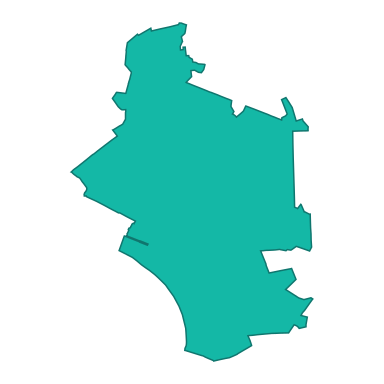 the district of Lielvārdes pag., Lielvardes, Latvia
{"feature_id": "27541924B7752725645610", "entity_name": "Lielvārdes pag.", "entity_type": "district", "adm_level": 2, "iso_a3": "LVA", "parent_name": "Latvia", "parent_adm1": "Lielvardes", "projection": "mercator", "projection_center": [24.888, 56.721], "detail": "fine", "context": "isolated", "style": "filled", "palette": "teal", "viewbox_px": 384, "rotation_deg": 0, "n_neighbors": 0, "source": "geoboundaries", "source_scale": "gbopen_adm2", "svg_char_len": 5582}
<svg xmlns="http://www.w3.org/2000/svg" viewBox="0 0 384 384"><path d="M72.3,171.0L71.2,172.0L71.5,172.1L71.9,172.4L73.0,173.5L74.0,174.4L74.8,175.0L75.5,175.5L75.9,175.8L76.2,176.0L76.8,176.6L77.6,177.0L78.2,177.3L79.5,177.9L80.0,178.4L81.3,180.3L82.2,181.7L82.9,182.6L83.5,183.3L86.2,187.0L86.3,187.1L86.7,187.8L86.8,188.4L86.7,189.6L86.0,191.1L84.6,192.9L84.1,194.5L84.2,195.3L84.3,196.0L86.1,195.9L86.1,196.0L86.3,196.5L86.8,196.8L90.6,198.6L93.7,200.0L96.7,201.4L102.1,204.2L104.4,205.4L107.9,207.3L109.7,208.3L111.4,209.2L113.3,210.2L115.1,211.1L117.5,212.4L118.5,212.9L119.8,212.9L120.2,213.1L127.0,216.8L130.9,218.8L135.4,221.1L135.1,221.7L134.3,223.0L134.1,223.2L134.0,223.6L133.3,223.2L132.5,223.8L132.3,223.9L132.0,224.1L131.9,224.3L131.6,225.2L131.4,225.7L131.0,226.1L130.7,226.7L130.7,227.0L130.4,227.4L130.2,227.8L128.9,228.2L128.3,229.5L128.6,229.8L128.8,230.4L128.6,230.7L128.3,231.1L128.3,231.4L128.2,231.9L127.8,232.3L127.5,233.2L127.0,233.9L127.1,234.2L127.2,234.6L127.2,235.3L126.9,235.4L126.6,235.6L126.5,235.8L140.0,241.1L140.1,240.9L143.5,242.2L146.9,243.6L147.8,243.9L148.0,244.0L147.4,245.2L140.2,242.4L140.4,242.2L132.7,239.2L125.4,236.3L124.8,236.0L124.3,236.0L119.1,250.6L132.4,257.4L136.8,260.8L141.5,264.8L145.8,267.9L149.5,270.4L154.8,274.6L158.3,277.8L165.6,285.0L168.1,288.6L173.7,296.4L179.0,306.2L182.4,314.7L185.7,328.2L185.9,330.5L186.2,335.5L186.4,339.4L186.5,341.9L186.4,344.2L186.1,345.9L185.0,348.3L184.8,350.4L185.4,350.5L197.3,354.2L202.2,355.7L203.2,355.9L205.1,357.0L207.4,358.0L207.6,358.1L208.5,358.5L212.8,360.3L213.6,360.7L213.9,360.9L213.9,361.0L219.4,359.7L222.7,359.0L226.0,358.3L229.4,357.7L232.9,356.2L237.1,354.3L237.6,353.8L238.3,353.4L242.5,350.9L247.0,348.3L251.6,345.6L251.5,345.1L250.9,343.3L250.9,343.2L250.5,342.1L250.2,341.0L250.1,340.8L249.0,338.2L247.9,335.7L248.2,335.6L249.0,335.6L249.6,335.5L252.3,335.3L255.0,335.0L257.3,334.7L260.6,334.4L263.8,334.1L267.3,333.8L270.7,333.5L271.7,333.4L275.7,333.3L279.7,333.1L284.2,333.0L288.6,332.9L291.3,328.9L294.1,324.8L296.4,325.7L297.7,326.6L299.2,328.4L306.0,326.8L306.0,324.6L307.3,317.1L301.0,315.5L301.5,314.6L302.1,313.3L303.2,311.9L304.5,310.5L310.1,302.6L312.2,299.7L312.8,299.0L311.2,297.9L310.9,297.8L307.1,298.8L303.9,299.6L298.7,297.9L291.9,293.5L285.6,289.5L290.5,284.8L290.6,284.7L296.0,279.4L291.6,268.5L291.3,268.6L289.4,269.0L289.2,269.0L280.4,270.7L269.1,273.0L267.6,269.2L266.3,265.9L266.1,265.2L266.0,264.6L266.0,264.2L265.8,263.6L263.8,258.7L262.5,255.5L261.4,252.8L261.0,251.7L260.7,251.1L260.6,250.9L261.2,250.8L263.1,250.7L264.7,250.5L266.7,250.3L267.8,250.3L268.2,250.3L270.1,250.2L274.1,250.0L275.4,249.9L277.1,249.7L279.7,249.4L281.0,249.8L281.3,249.8L286.0,250.7L287.0,249.8L287.3,249.6L290.6,250.1L291.2,250.0L293.9,248.1L295.3,247.1L296.0,246.5L296.4,246.4L298.8,247.2L306.8,250.0L309.6,251.0L311.6,247.1L311.1,240.0L311.1,239.7L311.0,233.7L310.9,232.4L310.6,228.1L310.4,221.7L310.2,214.1L309.5,214.2L307.6,213.3L304.9,211.9L304.6,211.9L304.2,211.9L304.1,211.5L303.9,211.0L301.6,205.7L301.1,204.6L300.8,204.3L297.6,208.5L297.5,208.4L294.6,207.2L294.4,197.7L294.0,184.1L293.6,170.9L293.4,164.0L293.2,157.7L292.9,144.4L292.7,131.2L293.1,131.2L301.6,130.9L307.3,130.8L308.1,130.7L308.1,130.3L307.9,130.3L308.2,126.8L303.0,120.9L302.4,119.0L296.2,121.0L292.2,107.5L288.9,102.2L285.9,97.6L281.6,99.6L287.2,114.0L285.6,115.9L281.9,117.7L281.6,120.0L279.7,119.2L278.2,118.7L274.1,117.0L272.4,116.4L270.9,115.8L269.3,115.1L267.7,114.4L264.0,113.0L261.7,112.1L254.3,109.2L251.9,108.3L248.2,106.9L245.8,106.0L245.7,106.1L244.7,108.3L243.6,110.7L243.1,111.4L240.6,113.6L238.8,115.1L236.4,117.1L235.7,116.2L234.5,115.2L233.4,114.4L233.1,114.2L232.5,114.0L233.0,113.2L233.4,112.5L233.9,111.5L233.8,111.4L232.0,108.3L231.0,106.6L231.0,106.2L231.1,104.9L231.7,100.6L228.9,99.4L226.1,98.4L225.7,98.2L221.1,96.4L217.6,94.9L213.9,93.5L210.8,92.3L209.9,92.1L208.4,91.5L207.1,90.9L198.9,87.6L194.3,85.8L191.1,84.5L189.0,83.6L187.2,82.9L186.2,82.5L186.1,82.4L188.3,80.0L189.7,78.6L191.0,77.2L191.6,76.7L191.4,75.0L191.1,72.6L190.9,70.6L194.6,70.2L198.4,72.3L201.4,72.7L203.7,69.6L205.0,64.7L204.7,64.4L201.4,64.1L198.4,63.9L195.9,62.5L192.8,62.0L192.3,59.2L189.4,57.5L189.1,57.3L188.7,55.6L186.2,55.7L185.4,49.4L185.2,47.1L183.1,47.2L183.2,49.6L180.5,50.0L180.2,46.4L182.3,41.7L182.5,41.6L182.2,40.2L181.7,38.2L181.4,36.9L181.4,36.6L182.2,35.9L184.8,33.5L185.3,31.5L185.9,27.3L186.4,24.9L183.4,23.9L181.4,23.1L179.3,23.0L179.1,23.6L178.3,24.7L177.4,24.9L170.0,26.8L160.3,28.9L151.4,31.0L150.8,28.2L138.5,35.3L137.5,34.2L127.4,42.7L126.1,50.4L126.3,51.6L125.9,55.8L125.8,57.5L125.6,59.6L125.1,64.7L125.2,64.9L126.5,66.4L127.7,67.7L129.0,69.4L131.2,71.9L131.3,72.0L131.2,73.5L130.6,75.7L129.8,79.0L129.7,79.5L129.5,79.9L129.2,80.9L128.9,81.7L128.8,82.2L128.5,83.2L128.4,83.4L128.5,83.5L127.9,85.7L126.9,89.3L125.8,93.4L125.4,93.4L123.9,93.2L122.2,93.0L119.1,92.6L117.2,92.4L116.8,92.3L116.3,92.6L115.3,94.3L114.6,95.3L112.4,98.4L112.5,98.6L114.8,101.8L118.2,106.7L120.6,109.0L121.9,109.8L123.3,109.8L125.7,109.6L125.7,109.8L125.7,110.6L125.8,111.1L125.6,112.2L125.5,112.5L125.5,119.2L122.7,124.2L120.0,125.8L119.8,125.8L118.2,126.8L116.8,127.7L114.0,129.4L113.0,129.9L112.7,130.0L117.1,135.8L117.3,136.1L111.6,140.2L110.6,141.0L105.6,144.8L101.2,148.2L100.4,148.8L99.6,149.4L98.5,150.3L98.1,150.6L97.9,150.7L96.1,152.2L93.8,154.0L93.5,154.2L92.7,154.6L90.3,156.5L89.3,157.4L88.4,158.1L85.5,160.5L85.4,160.5L85.2,160.7L84.3,161.4L82.9,162.6L81.3,163.8L77.7,166.7L75.1,168.6L74.5,169.0L72.7,170.5L72.3,171.0Z" fill="#14b8a6" stroke="#0f766e" stroke-width="1.5"/></svg>